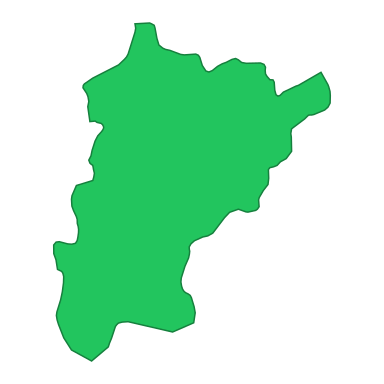 map outline of Uri (orthographic projection)
{"feature_id": "CHE-175", "entity_name": "Uri", "entity_type": "Canton", "adm_level": 1, "iso_a3": "CHE", "parent_name": "Switzerland", "parent_adm1": "", "projection": "orthographic", "projection_center": [8.637, 46.761], "detail": "fine", "context": "isolated", "style": "filled", "palette": "green", "viewbox_px": 384, "rotation_deg": 0, "n_neighbors": 0, "source": "natural_earth", "source_scale": "10m", "svg_char_len": 2232}
<svg xmlns="http://www.w3.org/2000/svg" viewBox="0 0 384 384"><path d="M149.7,23.0L151.7,23.9L154.2,25.3L155.0,28.0L156.9,38.3L158.9,45.0L162.7,48.1L165.5,49.4L170.0,50.4L180.6,54.4L184.3,54.9L195.8,54.1L198.3,55.2L199.8,57.4L202.3,65.5L205.9,71.0L208.9,72.0L212.3,70.6L217.5,66.4L222.2,63.8L226.1,62.4L232.0,59.4L235.6,58.5L238.3,59.8L241.7,62.5L246.3,63.3L260.5,63.0L264.0,64.4L265.5,67.2L265.2,70.4L265.5,73.9L267.0,76.4L269.9,79.7L273.0,79.9L274.2,82.2L274.8,90.3L276.0,94.7L277.9,96.1L280.1,95.4L283.4,92.1L296.0,86.1L298.3,85.4L321.0,72.3L327.9,84.6L328.7,86.7L330.0,91.4L330.3,95.7L330.1,103.1L328.0,107.1L324.7,110.0L313.9,114.5L311.6,115.0L309.9,115.0L308.5,115.2L307.1,116.5L304.7,118.9L291.6,128.8L290.8,133.5L291.3,137.1L291.6,151.3L286.2,158.6L280.4,161.8L277.1,165.4L273.6,166.8L269.8,167.7L268.4,169.6L268.7,178.3L268.0,184.5L263.4,190.4L259.3,197.4L258.8,199.0L258.6,200.0L259.1,206.7L257.4,209.2L255.7,210.4L248.0,212.1L246.0,211.9L238.4,209.2L229.6,212.3L224.5,217.7L212.8,233.1L207.8,235.9L202.7,237.0L194.5,240.7L191.0,243.8L189.2,246.9L189.3,249.3L189.7,251.2L189.4,254.1L188.6,257.9L184.9,266.4L181.3,277.9L180.9,282.0L181.6,286.2L182.6,289.2L184.1,291.5L185.8,292.8L188.1,293.9L190.2,295.4L191.4,297.7L194.1,306.7L195.2,312.8L193.7,322.8L172.6,332.0L128.1,321.7L122.2,322.1L118.4,323.1L116.7,324.7L115.4,326.5L111.5,338.3L109.5,343.1L108.3,346.9L91.6,361.0L71.5,350.0L63.8,337.9L58.5,324.4L57.1,319.8L56.4,315.5L56.9,312.0L60.6,300.0L62.3,292.0L63.5,282.9L63.7,276.6L62.9,273.3L61.7,271.4L57.5,269.4L56.0,259.8L53.8,253.7L53.7,245.0L56.1,242.1L59.3,241.7L67.7,243.9L71.8,244.2L75.5,243.3L77.2,240.5L77.9,237.1L78.5,232.7L78.6,229.5L78.2,226.5L77.3,223.5L77.2,219.4L76.3,216.5L73.5,210.5L71.9,206.1L71.5,199.2L72.0,195.7L76.4,185.5L92.8,180.5L93.8,176.9L94.4,173.2L93.5,169.5L93.1,167.0L92.7,165.3L91.2,164.3L89.9,163.1L88.8,160.1L91.0,155.8L92.1,150.4L95.1,141.0L97.8,135.8L101.6,131.6L103.1,129.4L103.7,127.6L103.4,126.3L102.6,124.7L101.2,123.4L97.0,122.4L95.2,121.1L89.9,121.6L87.8,106.7L88.8,101.5L88.0,96.7L86.7,93.4L83.0,87.8L83.3,85.4L84.4,83.9L92.8,78.1L118.6,64.9L124.4,59.4L126.5,57.0L128.1,54.1L135.0,32.2L135.7,28.3L135.0,23.8L149.7,23.0Z" fill="#22c55e" stroke="#15803d" stroke-width="1.5"/></svg>